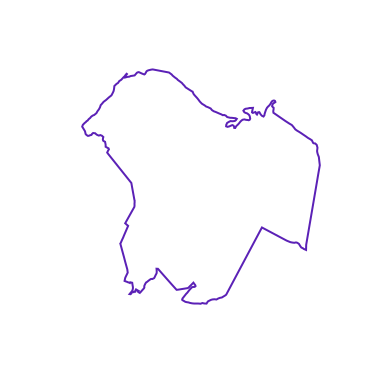 Santa María Xadani, Oaxaca, Mexico, rotated 208°
{"feature_id": "50627088B75217483521688", "entity_name": "Santa María Xadani", "entity_type": "district", "adm_level": 2, "iso_a3": "MEX", "parent_name": "Mexico", "parent_adm1": "Oaxaca", "projection": "natural_earth1", "projection_center": [-95.02, 16.369], "detail": "fine", "context": "isolated", "style": "outline", "palette": "violet", "viewbox_px": 384, "rotation_deg": 208, "n_neighbors": 0, "source": "geoboundaries", "source_scale": "gbopen_adm2", "svg_char_len": 5567}
<svg xmlns="http://www.w3.org/2000/svg" viewBox="0 0 384 384"><g transform="rotate(208 192 192)"><path d="M94.0,278.9L96.4,282.4L97.5,283.4L98.5,284.2L99.9,285.7L100.8,286.9L102.0,290.0L103.0,291.1L104.1,292.2L106.1,292.7L107.0,292.2L108.1,292.2L110.4,293.9L112.3,294.1L115.0,294.2L117.8,294.6L120.7,294.9L123.3,295.2L125.8,295.4L128.0,295.5L130.2,295.8L130.6,296.0L132.8,297.0L135.3,298.0L138.0,298.1L142.7,298.5L157.3,300.2L158.2,301.5L158.6,302.7L159.0,303.8L159.6,304.8L160.6,304.9L161.6,305.4L161.8,306.4L162.0,307.5L161.7,308.7L161.1,309.5L160.6,310.6L161.6,311.4L162.6,311.3L163.4,310.6L164.0,309.5L164.1,308.2L164.1,306.9L164.2,305.7L164.5,304.4L164.9,303.3L165.2,302.1L165.3,301.7L165.3,299.4L164.9,296.9L164.5,294.8L164.1,293.8L164.3,292.2L165.9,292.1L166.9,292.4L167.9,292.8L170.0,294.1L171.0,293.5L171.0,292.4L171.0,290.9L172.0,291.2L172.8,292.1L173.6,292.4L174.3,291.6L175.4,290.4L176.4,290.5L176.8,291.6L177.7,294.9L179.0,294.1L180.6,293.2L182.0,291.9L183.7,290.7L184.5,289.6L184.8,287.9L183.2,287.0L181.8,287.0L180.3,287.3L178.8,287.1L177.5,286.7L176.5,285.9L175.0,284.0L175.0,282.8L175.6,282.0L176.7,281.7L178.1,281.1L179.8,280.7L181.1,279.7L181.6,278.9L182.2,277.3L182.5,276.0L182.7,274.7L183.3,272.5L183.8,271.2L183.9,269.9L183.9,268.8L184.8,268.4L185.7,269.6L186.5,270.1L187.8,270.0L188.5,269.2L189.9,267.4L191.2,266.2L192.7,266.0L193.3,267.4L193.4,269.5L192.4,271.2L191.3,272.7L189.6,273.4L188.2,274.3L187.5,274.9L187.0,275.9L186.8,277.6L188.1,277.6L189.3,277.1L191.4,276.3L193.3,275.4L196.1,274.7L198.0,275.3L199.8,275.1L200.8,274.3L202.7,274.3L204.5,274.1L208.5,273.8L210.7,273.5L212.9,273.7L214.7,274.5L217.4,274.4L219.8,274.1L221.3,274.4L224.7,274.6L227.5,275.5L230.0,276.7L231.9,277.5L234.2,278.3L236.3,279.1L237.4,279.9L238.6,280.9L239.0,280.8L246.7,281.4L248.7,282.3L249.3,282.5L250.6,282.9L252.0,283.5L254.3,283.9L257.2,284.3L258.5,284.8L260.3,285.0L261.4,285.2L263.9,285.7L265.0,286.2L268.4,286.7L284.2,281.8L285.6,280.8L287.7,278.9L288.5,277.9L288.8,277.2L288.8,275.6L288.9,274.1L289.3,273.4L291.5,273.1L293.2,273.0L295.0,272.9L295.7,272.6L296.6,271.5L296.9,270.2L297.4,268.0L299.5,266.4L300.6,265.6L301.5,264.4L303.1,263.3L304.7,261.8L305.1,262.8L305.2,263.7L304.8,265.6L305.2,265.7L305.3,265.4L305.6,264.2L305.8,262.6L306.3,261.2L306.7,259.6L307.2,257.8L308.3,255.8L308.5,253.6L309.4,252.0L309.9,250.4L310.3,249.1L309.6,247.4L309.0,245.7L308.6,244.2L308.5,242.3L308.5,239.5L309.8,236.5L311.0,233.1L312.4,230.1L312.9,227.7L313.4,225.8L313.0,223.6L313.0,221.3L313.4,218.8L313.4,216.8L314.5,214.1L315.6,212.8L316.4,211.1L316.7,209.5L317.2,208.4L317.5,207.4L317.7,206.1L318.4,204.9L318.6,203.8L319.1,202.8L319.5,201.5L319.9,200.0L319.6,198.1L318.5,197.5L316.5,196.3L315.3,195.6L314.7,195.1L314.3,194.6L313.2,193.3L312.2,192.9L310.8,192.7L310.2,192.7L309.4,193.3L308.6,194.3L307.6,195.2L307.5,196.5L307.0,197.7L306.0,198.0L305.1,198.4L304.0,198.1L303.0,197.9L301.0,198.0L300.5,198.3L299.7,199.2L298.0,199.4L296.1,198.9L295.8,197.6L295.3,196.4L294.5,195.6L293.7,195.5L292.3,195.5L291.6,194.6L290.6,193.4L289.9,192.2L289.5,191.4L288.4,191.4L287.3,191.3L286.3,191.4L285.4,190.7L285.5,189.5L285.5,188.5L285.4,187.0L284.2,186.4L279.6,184.4L267.6,179.2L254.2,173.4L249.8,171.5L247.3,168.3L239.0,157.8L238.7,157.6L238.3,156.8L237.8,155.9L237.3,154.7L236.4,153.1L235.9,151.8L236.3,133.0L232.5,132.1L231.6,121.2L231.4,119.5L231.3,117.3L231.2,115.9L231.0,113.3L231.1,112.8L230.7,112.4L225.0,106.3L221.5,102.6L218.2,99.0L212.8,93.3L210.9,90.6L210.8,87.5L210.7,85.6L210.7,85.2L210.5,84.3L210.1,82.9L209.8,81.8L209.7,81.8L206.9,82.2L206.7,82.2L206.4,82.2L205.8,82.3L204.7,82.5L204.1,82.5L204.1,83.0L204.1,83.3L202.2,83.8L200.7,81.8L199.5,80.3L198.8,78.9L198.6,78.0L198.4,76.9L198.5,75.9L199.0,73.6L199.2,72.6L198.9,72.7L198.7,72.7L198.3,72.9L198.0,73.7L198.0,73.8L197.9,74.5L197.8,75.2L197.7,76.1L196.6,76.2L196.6,76.3L196.5,76.5L196.4,76.6L196.3,76.8L196.2,76.8L195.4,77.1L195.3,77.3L195.4,77.6L195.5,78.0L195.6,78.3L195.7,78.8L195.7,79.1L195.7,79.5L195.3,79.4L195.3,79.7L193.7,79.6L192.7,79.6L192.9,78.6L191.8,78.4L191.4,78.4L191.2,78.4L190.8,78.4L190.8,78.5L190.6,78.9L190.3,79.8L190.0,81.2L189.6,82.8L189.3,83.9L189.2,84.8L189.2,85.0L189.3,85.4L189.4,85.5L189.6,85.8L189.7,86.1L189.8,86.2L190.0,86.7L190.1,87.2L190.1,87.8L190.1,88.5L190.2,89.1L190.1,89.7L190.1,90.3L190.0,90.7L189.4,91.7L188.8,93.2L188.3,94.2L187.9,95.1L187.6,95.6L187.4,95.9L187.1,96.1L186.6,96.4L186.1,96.6L185.8,97.1L185.3,97.7L185.0,98.3L185.0,98.5L185.0,99.7L185.1,101.2L185.1,103.6L185.6,104.8L186.4,106.2L187.3,107.6L186.0,108.2L179.4,105.7L167.1,101.1L159.7,98.4L158.6,99.1L157.0,100.3L155.6,101.4L154.4,102.3L153.6,102.9L152.8,103.5L151.9,104.2L150.7,105.1L150.1,106.1L149.7,107.7L149.2,109.1L148.7,110.9L148.4,111.8L148.2,112.6L145.4,111.3L144.7,110.6L145.1,109.5L146.4,108.7L147.3,107.9L147.7,106.5L148.3,104.2L148.5,103.1L148.9,100.7L149.3,99.5L149.6,97.9L150.4,93.5L150.1,92.2L149.1,92.0L148.0,92.0L146.3,91.9L144.8,92.3L143.1,92.9L142.3,93.0L141.4,93.2L139.5,93.8L138.5,94.2L137.2,94.8L135.9,95.5L134.0,96.5L133.1,96.9L131.9,97.4L131.3,98.2L130.6,98.9L129.3,99.2L128.2,99.6L126.8,100.3L126.6,102.8L125.6,104.3L124.5,105.8L123.4,106.8L121.9,107.8L119.9,108.6L118.9,110.2L117.7,111.6L116.1,112.9L115.4,114.1L114.2,116.1L113.6,117.4L113.6,193.5L106.6,193.5L102.8,193.5L101.6,193.5L95.2,193.5L87.5,193.5L85.7,193.5L81.6,193.9L79.6,194.5L77.8,195.2L76.5,196.3L75.2,196.6L73.2,196.4L71.6,195.4L70.1,194.6L69.3,194.3L67.7,194.4L66.7,194.2L65.4,194.3L64.1,194.4L66.4,199.0L86.5,259.8L89.0,267.3L91.7,275.6L94.0,278.9Z" fill="none" stroke="#5b21b6" stroke-width="2"/></g></svg>